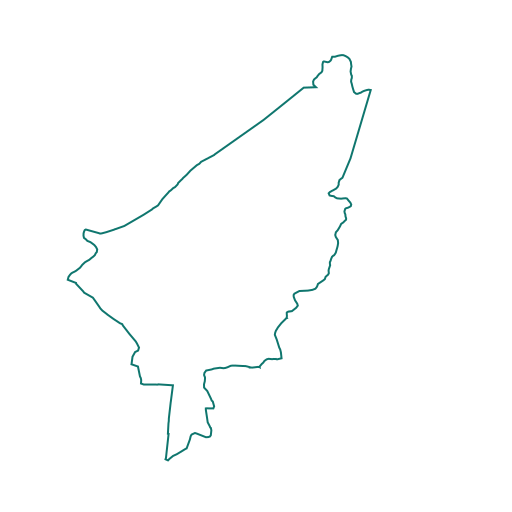 the district of San Antonio Tepetlapa, Oaxaca, Mexico, rotated 327°
{"feature_id": "50627088B55263870930805", "entity_name": "San Antonio Tepetlapa", "entity_type": "district", "adm_level": 2, "iso_a3": "MEX", "parent_name": "Mexico", "parent_adm1": "Oaxaca", "projection": "robinson", "projection_center": [-98.047, 16.534], "detail": "fine", "context": "isolated", "style": "outline", "palette": "teal", "viewbox_px": 512, "rotation_deg": 327, "n_neighbors": 0, "source": "geoboundaries", "source_scale": "gbopen_adm2", "svg_char_len": 4718}
<svg xmlns="http://www.w3.org/2000/svg" viewBox="0 0 512 512"><g transform="rotate(327 256 256)"><path d="M85.2,173.4L90.4,180.6L90.0,181.4L91.9,192.0L91.8,192.7L91.9,193.2L96.5,202.1L96.7,206.9L96.9,212.9L96.9,215.2L97.4,218.1L99.4,223.8L99.4,224.0L102.3,231.4L105.3,238.3L106.7,240.3L106.5,241.8L107.4,252.6L108.6,262.1L108.6,262.3L108.5,264.7L108.2,267.3L108.0,269.1L105.6,271.1L102.3,270.7L97.6,273.2L92.7,278.9L92.6,279.0L96.8,284.4L93.1,293.8L92.9,295.6L92.1,297.6L90.1,300.3L91.9,302.7L103.7,310.4L104.1,310.4L110.4,315.1L115.9,319.2L105.1,331.9L104.9,332.1L94.5,344.7L92.9,347.0L91.5,348.6L85.3,357.1L85.8,357.6L79.5,365.3L70.6,376.2L69.4,377.2L70.9,379.5L72.9,379.0L77.6,378.5L81.6,379.1L92.1,379.4L93.0,379.6L100.6,373.9L102.9,371.7L104.0,371.0L104.9,370.7L108.4,371.2L109.7,372.8L115.3,380.7L117.4,381.9L119.1,382.3L120.5,381.7L123.6,377.9L124.5,375.6L124.2,375.0L124.5,373.5L124.9,369.2L126.7,365.3L130.1,357.8L130.9,356.5L131.5,356.8L137.2,360.6L139.0,359.3L140.5,354.5L140.1,353.1L140.5,351.2L141.6,342.7L140.8,338.1L142.5,335.3L144.8,333.2L146.5,331.0L147.1,330.0L147.3,329.2L147.5,327.9L147.9,327.2L149.2,325.9L151.9,324.9L152.5,325.2L157.1,327.0L159.3,327.5L164.9,330.1L167.6,332.4L169.3,333.2L171.6,333.8L172.9,334.0L174.4,334.2L175.2,334.4L176.2,334.9L178.9,336.6L182.3,339.1L185.2,341.2L187.1,342.5L188.3,343.7L190.2,345.8L190.0,346.1L191.0,346.8L192.2,347.6L193.8,348.4L197.3,350.1L197.5,350.4L198.0,350.7L198.4,351.0L198.5,351.2L198.7,350.7L202.3,349.6L202.8,349.6L204.3,349.3L205.5,348.7L206.4,348.6L207.1,348.5L208.8,348.5L210.6,349.1L213.3,351.3L214.8,352.0L216.0,352.9L216.7,353.2L217.1,353.9L217.5,354.2L221.7,355.7L224.4,350.4L225.4,347.5L225.6,345.5L227.9,337.3L228.8,332.7L228.9,332.3L230.3,330.8L232.0,329.5L234.4,328.4L235.3,327.9L240.7,326.1L246.6,324.9L247.6,324.6L248.1,324.8L248.1,324.6L249.5,322.8L249.7,322.3L250.9,320.3L251.5,320.1L252.6,320.2L254.3,321.0L254.3,320.9L256.1,321.8L261.5,321.3L264.0,320.4L264.6,318.5L264.6,314.4L265.4,310.8L266.3,309.2L267.7,308.5L268.5,308.6L270.0,308.7L273.3,309.0L275.4,310.2L280.7,313.3L284.8,315.1L288.0,315.8L290.1,315.1L291.5,314.2L292.7,313.2L299.1,313.1L301.1,312.9L303.0,311.4L304.1,311.2L306.3,310.9L307.7,310.1L308.9,307.8L309.9,306.7L311.8,305.2L313.2,304.1L313.6,303.0L314.6,301.4L316.0,300.6L317.1,299.6L319.3,298.1L320.8,297.8L321.9,297.9L323.4,297.3L324.8,296.6L326.7,294.9L328.6,293.3L330.0,292.0L331.9,289.9L333.3,287.2L333.3,284.6L333.3,283.5L333.9,281.5L334.8,280.7L335.9,279.6L338.5,278.9L340.8,277.8L342.6,276.9L344.8,275.5L345.9,275.4L347.4,275.4L349.5,274.9L351.3,274.6L352.1,273.5L352.6,271.6L353.6,269.7L353.8,268.3L354.5,266.7L356.6,265.0L357.6,265.0L359.4,265.6L361.2,265.8L362.7,265.8L363.9,264.7L364.2,262.6L363.8,259.9L363.6,257.4L362.7,256.4L360.5,255.2L358.6,254.3L355.4,251.8L354.4,250.1L353.8,248.2L351.9,246.6L350.7,245.3L351.1,243.0L352.7,242.6L353.9,242.7L355.0,242.7L356.5,242.9L358.4,243.0L359.9,243.1L362.2,242.5L364.2,241.2L365.2,239.6L366.2,238.8L367.3,237.8L369.7,237.5L370.7,237.5L371.2,237.4L388.4,225.6L404.8,211.6L442.6,179.3L441.1,177.9L439.4,177.2L437.7,176.7L436.1,176.3L434.4,176.1L432.7,176.1L431.6,175.7L430.3,175.5L429.3,175.2L428.3,174.4L427.5,171.9L427.9,170.5L428.4,168.7L429.1,166.4L430.1,163.7L430.7,161.6L432.0,159.9L433.3,158.9L434.5,157.1L434.6,155.8L435.8,152.8L437.6,150.7L439.3,149.1L440.4,146.6L441.3,144.9L441.7,141.5L441.1,139.3L440.0,137.1L438.7,135.2L437.3,134.2L435.5,133.4L433.7,132.7L431.9,132.2L430.8,131.9L429.1,130.8L428.4,130.4L426.7,131.7L425.8,132.4L424.8,132.8L422.9,133.0L421.7,132.6L418.9,129.8L418.5,129.7L417.9,129.8L416.1,131.5L414.6,134.0L412.5,136.8L411.0,137.6L408.0,137.8L405.3,138.7L404.3,139.2L402.9,139.3L401.9,139.4L400.7,139.6L398.9,140.8L397.4,143.6L398.2,147.1L387.7,140.8L366.4,143.0L336.5,146.0L276.8,148.3L276.0,148.5L274.8,148.4L261.3,147.1L258.7,147.8L255.9,147.6L247.5,148.7L242.2,150.1L239.2,150.6L237.6,150.8L236.0,151.3L234.7,151.5L234.2,151.6L230.4,152.4L229.4,153.2L229.1,153.3L227.4,153.7L225.7,154.1L225.2,154.1L224.6,154.1L224.1,154.0L223.9,153.9L220.6,154.5L219.3,154.6L218.6,154.5L217.2,155.0L213.3,156.0L208.5,157.3L201.4,160.2L199.3,160.2L195.5,160.0L194.1,160.3L184.2,160.2L161.9,159.1L156.9,157.9L153.1,157.0L152.2,156.7L151.3,156.6L143.5,154.5L138.9,153.0L137.5,152.3L137.1,151.9L136.8,151.4L127.7,141.1L126.5,141.0L125.2,141.8L123.8,143.0L122.4,145.0L121.6,147.1L122.4,149.3L122.8,151.5L124.7,154.2L125.7,156.8L126.4,158.8L126.7,161.4L126.4,164.0L124.6,166.0L123.1,166.4L121.3,167.5L119.1,167.9L117.1,168.0L114.1,168.4L111.5,168.2L109.2,168.1L105.4,168.8L103.8,169.4L101.9,170.0L99.4,170.2L97.1,170.4L95.2,170.3L93.0,170.0L91.5,170.0L89.7,170.5L87.4,171.4L85.2,173.4Z" fill="none" stroke="#0f766e" stroke-width="2"/></g></svg>